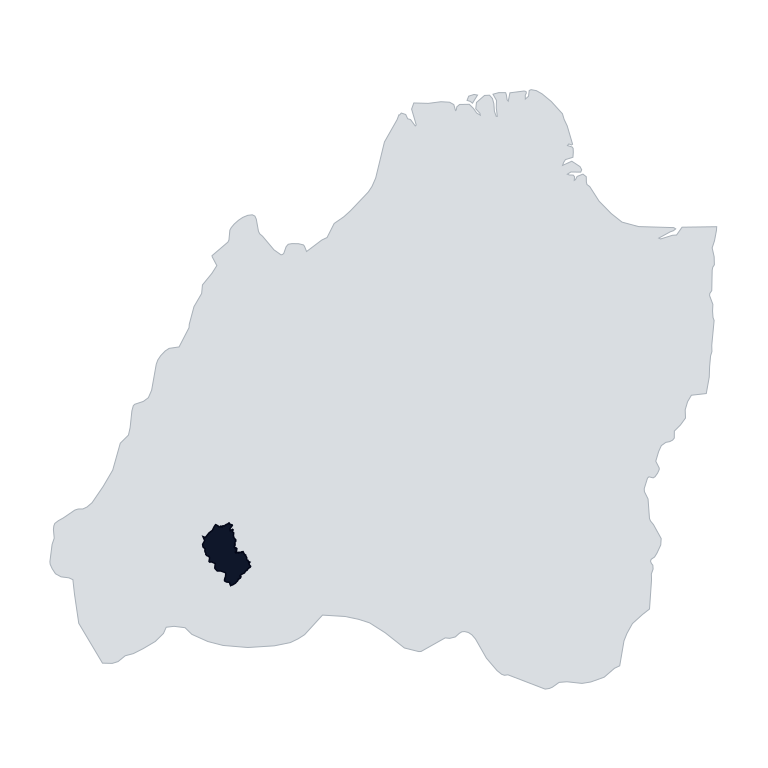 Fune, Yobe, Nigeria shown in context, rotated 182°
{"feature_id": "59680162B1470225488806", "entity_name": "Fune", "entity_type": "district", "adm_level": 2, "iso_a3": "NGA", "parent_name": "Nigeria", "parent_adm1": "Yobe", "projection": "robinson", "projection_center": [11.324, 11.889], "detail": "fine", "context": "in_parent", "style": "filled", "palette": "ink", "viewbox_px": 768, "rotation_deg": 182, "n_neighbors": 0, "source": "geoboundaries", "source_scale": "gbopen_adm2", "svg_char_len": 6857}
<svg xmlns="http://www.w3.org/2000/svg" viewBox="0 0 768 768"><g transform="rotate(182 384 384)"><path d="M655.6,95.2L680.7,134.2L686.0,163.3L688.1,177.6L692.2,179.3L700.0,180.0L705.7,182.9L709.1,187.7L711.3,192.1L711.7,194.7L710.1,212.1L708.2,218.4L709.3,227.0L709.0,230.7L708.1,233.2L704.6,236.1L699.9,238.9L688.6,247.2L685.3,248.4L680.6,248.6L676.5,250.7L671.6,255.2L661.1,271.8L652.1,288.5L645.5,315.6L637.6,324.0L636.2,331.5L635.0,348.4L633.8,353.5L632.5,355.0L623.9,358.2L619.0,362.1L616.0,369.7L612.3,395.8L610.9,400.1L608.1,404.6L603.8,409.4L600.0,412.1L590.1,413.9L580.8,433.5L580.7,436.9L576.6,454.7L569.4,468.1L568.9,476.7L559.9,488.5L555.2,496.5L560.0,504.9L560.4,506.2L544.9,520.4L544.0,522.5L543.4,532.4L542.1,535.0L539.3,538.6L535.1,542.6L530.9,545.6L526.1,547.8L521.5,548.5L518.9,547.3L517.4,544.3L514.8,532.3L513.5,529.8L510.5,527.4L498.6,514.2L491.4,509.5L489.9,509.9L488.7,511.1L486.6,517.8L484.6,520.3L480.8,521.1L474.2,521.2L469.4,520.2L468.3,518.9L466.0,513.7L451.2,525.7L446.0,528.4L439.4,542.7L430.0,549.7L423.6,555.9L406.4,575.3L402.9,581.0L399.5,589.5L392.0,625.9L380.1,648.7L378.5,653.5L377.8,653.4L376.2,655.4L371.7,654.1L369.6,649.9L366.7,649.2L361.8,643.0L360.8,644.0L366.0,659.7L364.0,665.9L349.5,666.0L336.9,668.1L328.3,667.9L324.0,665.7L322.1,659.8L321.3,660.4L320.9,663.5L318.2,666.0L308.5,666.5L304.2,662.5L300.8,658.0L297.1,656.0L297.6,657.9L301.9,662.2L301.4,668.6L293.6,675.9L288.6,676.3L285.6,673.1L284.0,668.0L283.2,660.4L281.2,655.4L280.1,655.4L281.4,663.7L281.5,671.4L285.2,677.4L279.5,679.2L272.6,679.4L271.8,677.2L270.9,672.3L269.7,671.0L268.3,679.4L254.3,681.7L252.3,681.3L251.9,679.8L252.9,677.5L252.7,673.7L249.6,676.6L249.1,682.4L247.3,683.3L242.0,682.5L236.2,679.5L226.7,672.2L215.1,660.3L213.3,654.9L209.9,648.3L203.9,630.2L205.0,629.4L207.7,630.4L209.0,628.7L204.2,627.4L203.2,626.1L202.9,622.1L203.1,617.2L210.5,614.6L212.2,611.7L213.2,608.7L204.1,613.2L195.7,608.1L193.9,605.0L194.8,602.6L204.6,602.4L208.1,600.1L205.9,599.3L202.2,599.4L200.8,597.8L201.0,594.1L199.8,594.9L198.2,598.2L192.5,600.7L189.1,598.2L188.8,592.8L188.1,590.4L185.3,588.5L175.4,574.2L162.9,562.3L151.8,554.1L135.1,550.2L99.9,550.4L97.9,549.2L100.1,547.3L103.2,546.1L114.5,539.4L112.6,538.6L100.9,542.7L96.8,543.1L91.6,551.1L57.0,552.8L57.1,549.2L58.7,538.7L60.8,531.5L58.5,522.7L58.0,514.7L59.5,512.2L60.0,509.2L59.7,488.8L61.6,485.8L61.7,483.7L58.1,475.0L58.2,468.4L57.5,461.9L56.3,459.0L57.8,434.0L57.4,427.9L58.6,423.5L59.2,412.8L59.2,402.3L61.6,385.7L76.4,383.5L80.0,376.9L82.1,368.7L81.5,360.5L86.3,353.4L92.2,347.1L92.0,340.1L93.6,338.0L96.4,336.4L100.3,335.5L104.7,332.1L107.2,326.0L109.7,316.3L106.0,309.6L106.0,308.0L107.5,304.4L109.9,300.8L111.7,299.6L116.0,300.5L117.4,299.1L120.3,288.4L120.0,285.5L116.1,278.3L114.0,258.9L112.9,256.4L109.8,252.9L101.6,239.2L101.8,232.8L105.3,224.5L107.6,220.5L110.8,218.2L111.5,216.3L110.5,214.0L109.0,212.3L108.6,208.5L110.2,203.4L109.8,197.7L110.8,168.4L117.6,162.7L127.4,153.2L132.5,143.2L135.2,135.7L138.6,110.6L143.8,107.9L153.7,98.7L167.0,93.4L175.7,91.7L190.8,92.8L198.6,91.9L205.1,86.9L208.1,85.5L212.3,84.7L250.0,97.7L253.5,97.1L256.3,98.0L261.0,101.5L272.1,113.6L283.7,132.4L287.4,136.4L291.0,138.6L294.7,139.4L297.5,139.1L300.2,137.3L303.9,133.7L309.5,132.1L314.0,132.4L337.6,118.0L339.9,117.8L354.4,120.9L374.1,135.4L390.1,144.8L401.4,148.0L414.8,150.3L437.4,150.9L454.6,130.7L461.0,126.3L468.6,122.3L484.5,118.5L510.9,115.9L535.7,117.1L551.1,120.5L567.3,127.1L574.3,133.5L585.3,134.5L593.2,133.3L595.7,127.0L603.6,118.7L615.5,111.1L625.1,105.8L633.1,103.4L640.1,97.3L645.8,95.3L655.6,95.2ZM309.4,674.6L304.1,676.5L300.6,676.0L305.4,667.7L307.8,669.5L310.9,670.3L309.4,674.6Z" fill="#d9dde1" stroke="#a8b0b8" stroke-width="1"/><path d="M526.6,222.9L526.7,223.1L526.8,223.2L527.0,223.2L527.3,223.7L527.6,224.1L527.9,224.2L527.9,224.4L528.7,225.3L529.0,225.4L528.9,225.9L528.9,226.4L529.1,226.9L529.2,227.4L529.2,227.7L529.2,227.9L529.1,228.3L529.0,230.0L530.4,230.9L529.7,233.0L530.3,233.5L532.5,232.0L532.7,232.6L532.8,234.3L531.1,236.6L530.6,237.5L530.8,237.9L531.3,238.0L532.3,238.3L533.1,238.5L533.6,239.2L534.0,239.8L534.2,239.7L534.5,239.5L534.6,239.3L534.7,239.1L534.8,239.0L535.0,238.9L535.4,238.7L535.5,238.7L535.9,238.4L536.6,238.2L536.8,238.1L537.0,237.9L537.3,237.7L537.6,237.6L537.8,237.4L538.3,236.8L538.9,236.4L539.5,236.7L540.1,236.6L540.7,236.4L540.9,235.5L541.0,235.6L541.4,235.6L541.5,235.6L541.8,236.1L542.4,236.2L542.4,235.6L544.0,235.4L544.6,236.1L544.8,236.1L545.1,236.5L545.3,236.7L545.5,236.7L545.8,236.8L546.5,237.2L547.0,237.5L547.4,237.6L548.8,235.4L550.5,231.6L552.0,230.5L552.9,229.7L553.6,229.2L556.1,225.8L557.3,224.4L559.6,225.2L558.5,222.8L557.7,221.2L558.9,219.0L559.0,218.7L559.7,217.5L559.2,214.9L558.9,214.5L558.0,213.8L557.0,213.1L557.2,212.0L557.2,211.0L557.0,210.0L556.6,209.4L556.1,208.6L556.2,207.5L555.9,207.2L555.2,206.4L554.6,206.1L553.9,205.9L553.0,205.5L552.2,204.1L552.7,200.6L552.0,199.9L551.4,200.0L550.2,200.2L549.7,200.0L546.3,198.6L546.5,197.3L546.7,194.2L546.4,193.6L544.1,191.3L540.6,191.4L539.9,191.2L535.9,189.9L535.6,189.1L535.5,188.9L535.7,185.8L536.2,184.6L536.4,183.6L536.6,182.5L536.4,181.6L534.5,180.6L531.5,180.4L530.9,178.5L530.2,177.1L529.7,177.5L529.1,177.7L528.7,177.8L528.2,178.0L525.5,179.8L525.1,180.3L524.8,180.7L524.6,181.0L524.2,181.4L523.9,181.7L523.6,181.9L523.3,182.4L522.8,183.8L522.6,183.8L522.0,184.1L521.8,184.7L520.9,184.9L520.3,186.1L520.2,186.3L521.0,186.7L521.2,186.8L521.3,187.3L520.5,188.2L520.4,188.2L520.1,188.2L519.8,188.7L519.3,189.1L518.8,189.2L518.4,189.7L517.7,189.8L516.8,190.4L516.6,190.7L516.5,191.0L515.8,192.2L515.0,192.7L514.4,193.0L513.7,194.2L512.8,195.3L512.3,195.5L512.2,195.7L511.3,196.2L510.9,197.2L512.5,198.8L512.3,199.5L512.9,200.2L512.3,200.8L511.8,201.3L512.8,201.7L513.2,201.5L513.8,203.0L514.2,203.0L515.0,203.7L515.2,204.0L515.1,204.8L515.1,205.7L515.6,206.5L516.1,207.3L516.3,207.5L516.2,208.1L516.3,208.3L516.8,208.2L516.8,208.3L517.2,208.8L517.5,208.8L517.9,209.6L518.1,210.1L518.5,210.3L518.9,210.8L518.8,211.3L519.0,211.6L519.9,211.4L519.9,210.9L520.4,210.5L520.9,211.1L521.3,210.8L521.5,210.7L521.9,210.6L522.1,210.6L522.4,210.5L522.7,210.4L522.9,210.3L523.1,210.8L523.4,210.7L523.4,210.2L523.8,210.0L524.6,210.6L525.5,210.1L526.2,210.0L526.5,210.4L526.3,210.4L526.2,210.4L526.0,210.5L525.9,210.8L526.2,211.1L525.7,211.5L525.9,211.9L525.9,212.2L525.7,212.4L525.5,212.5L525.5,213.0L525.5,213.5L525.3,213.9L525.3,214.4L525.6,214.6L525.8,214.9L526.3,215.0L526.5,214.5L526.7,214.4L526.8,214.3L526.8,214.2L527.1,214.4L527.2,214.9L527.0,215.4L527.3,215.5L528.0,215.8L527.8,216.2L527.8,216.3L527.9,216.8L527.7,217.0L527.5,217.3L527.4,217.5L527.2,217.7L527.2,218.1L527.4,218.2L527.6,218.4L527.7,218.7L527.3,219.0L527.3,219.3L527.7,219.5L527.6,220.2L527.3,220.8L526.7,221.5L526.8,221.9L526.6,222.9Z" fill="#0f172a" stroke="#020617" stroke-width="1.5"/></g></svg>